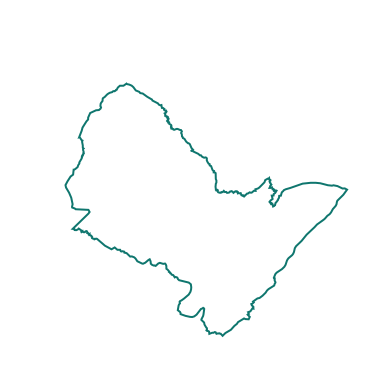 Thap Than, Uthai Thani, Thailand, rotated 44°
{"feature_id": "78962969B50893667221892", "entity_name": "Thap Than", "entity_type": "district", "adm_level": 2, "iso_a3": "THA", "parent_name": "Thailand", "parent_adm1": "Uthai Thani", "projection": "equal_earth", "projection_center": [99.816, 15.505], "detail": "fine", "context": "isolated", "style": "outline", "palette": "teal", "viewbox_px": 384, "rotation_deg": 44, "n_neighbors": 0, "source": "geoboundaries", "source_scale": "gbopen_adm2", "svg_char_len": 6065}
<svg xmlns="http://www.w3.org/2000/svg" viewBox="0 0 384 384"><g transform="rotate(44 192 192)"><path d="M301.9,82.6L299.4,83.3L297.9,84.9L292.5,86.7L289.1,88.9L288.3,90.2L285.1,92.7L278.2,96.6L274.9,99.2L271.1,102.8L265.8,109.1L259.9,120.8L257.5,125.0L256.8,126.9L257.0,128.2L256.8,129.1L257.1,130.4L258.5,132.9L257.4,134.2L258.6,135.7L258.9,137.1L259.4,138.0L259.3,138.5L259.6,139.2L259.6,140.4L259.8,140.8L259.7,141.9L260.9,143.8L260.5,144.6L260.8,145.0L260.4,146.1L258.1,144.7L257.4,145.8L257.0,145.7L256.5,144.8L255.3,145.5L254.6,145.3L254.4,143.5L254.8,141.0L251.9,139.2L253.1,137.9L252.2,136.7L252.5,134.8L251.9,132.3L251.6,132.4L250.8,134.0L250.1,134.4L249.5,134.0L249.5,133.2L248.3,133.3L247.9,134.0L246.3,133.1L245.5,134.7L244.9,135.2L244.6,134.1L244.1,133.5L244.0,131.6L243.3,131.6L242.6,131.1L241.7,131.2L240.3,130.4L240.5,129.3L240.1,128.9L238.9,129.2L237.8,128.4L237.8,129.5L237.2,129.8L236.4,132.6L237.4,134.7L237.3,142.2L236.9,143.9L235.7,146.0L237.0,147.0L235.7,148.1L235.4,150.9L234.9,151.6L233.7,152.2L233.3,154.2L232.7,154.9L232.6,159.1L232.0,159.2L231.7,158.7L231.3,159.2L231.0,158.9L230.3,159.4L230.3,159.8L229.8,160.0L227.8,159.0L226.9,160.2L226.1,160.7L225.8,160.5L225.7,161.0L225.0,160.5L224.3,160.7L224.2,160.3L223.7,160.3L223.3,161.2L222.7,161.4L222.4,163.8L220.8,163.6L219.9,163.9L219.8,164.4L219.1,165.0L219.1,166.5L218.4,167.6L217.8,168.3L216.6,168.2L215.7,169.2L214.1,169.1L214.2,170.8L213.4,171.4L213.3,172.5L212.8,172.6L212.3,173.4L211.0,174.0L209.8,173.7L209.4,172.8L208.6,172.9L208.2,174.0L207.7,173.9L207.5,173.4L207.2,173.4L205.3,171.9L203.4,169.5L203.0,168.3L201.6,166.8L200.1,166.1L195.9,162.0L195.1,162.0L194.0,162.8L193.2,161.6L192.4,162.0L191.2,161.8L187.8,160.1L186.3,160.6L185.3,159.7L184.3,160.1L181.9,159.5L180.4,158.8L179.7,157.8L179.0,157.4L178.4,157.4L177.5,157.9L177.2,158.6L176.5,159.1L174.7,159.6L172.9,159.4L172.2,160.1L170.0,160.2L164.7,162.0L163.6,162.1L163.1,162.8L162.9,162.7L163.4,160.9L161.0,160.7L157.2,159.1L155.6,159.3L155.2,159.7L152.8,159.8L149.6,159.0L148.0,159.5L147.4,159.0L146.3,159.0L144.5,157.5L143.2,157.1L142.6,155.4L141.0,155.1L140.5,155.6L137.9,156.6L137.1,157.3L136.0,159.6L135.3,160.0L134.6,159.8L133.1,160.8L132.5,160.4L133.0,159.9L131.9,159.4L131.5,159.6L131.3,159.3L131.3,158.8L130.8,158.4L130.1,158.3L128.3,158.8L127.5,158.0L126.9,158.5L126.6,158.1L126.4,158.4L124.7,158.2L124.5,157.2L124.9,157.2L125.0,156.9L124.2,155.5L123.8,155.4L123.8,155.8L123.2,156.0L122.4,154.8L121.5,155.0L121.3,155.6L120.3,155.4L119.8,155.8L118.7,154.6L117.7,154.4L118.1,152.9L117.8,151.8L116.7,151.5L116.4,152.1L114.8,152.3L114.5,152.1L114.4,151.5L112.7,151.7L111.9,152.4L109.6,150.7L109.1,151.6L107.4,152.2L106.0,151.9L100.0,153.7L99.0,153.3L93.7,154.6L88.1,155.4L86.1,156.8L84.5,156.6L81.0,158.0L77.0,157.3L74.7,157.4L72.3,158.3L70.0,159.7L69.6,159.6L68.9,163.1L66.3,165.7L66.1,168.4L66.8,170.8L66.4,171.3L66.6,172.0L66.3,173.3L65.8,173.5L65.2,174.6L65.2,175.6L63.9,177.8L63.4,179.6L63.2,180.8L63.2,184.4L62.8,186.2L62.9,186.8L64.4,188.7L64.7,191.1L65.0,192.0L66.4,193.8L67.8,194.3L68.3,195.5L68.1,197.7L66.2,199.9L63.9,205.9L65.6,210.6L66.9,212.0L67.0,214.5L68.5,221.7L70.1,224.6L72.8,231.0L73.0,230.6L76.7,231.4L77.5,231.1L78.0,232.2L81.0,234.3L82.7,236.0L83.8,236.0L83.7,236.6L84.4,237.4L86.5,238.6L86.7,239.4L87.4,239.5L87.5,240.9L87.8,240.9L88.2,241.7L88.2,242.2L87.8,242.2L87.8,242.4L88.5,243.5L88.9,243.6L89.4,244.8L90.4,249.0L91.2,249.8L91.5,251.7L92.4,253.6L92.1,256.4L91.7,258.0L91.4,258.2L94.4,262.1L93.9,265.2L95.0,270.7L96.2,274.9L98.3,276.3L104.1,277.9L109.1,280.0L114.6,283.7L116.0,286.0L116.6,286.4L119.1,285.3L120.3,285.2L129.9,276.8L132.2,277.5L132.5,279.5L131.8,301.4L133.2,300.4L134.0,300.9L135.3,299.8L135.9,298.2L135.9,297.0L139.2,296.5L139.8,297.4L140.3,297.6L140.5,296.1L141.3,296.5L142.3,296.0L142.8,295.3L142.7,294.3L143.4,293.3L144.4,293.5L145.1,294.3L145.9,293.7L146.9,294.2L147.3,293.4L147.7,294.2L148.1,294.4L148.7,293.7L150.1,293.4L150.6,293.9L151.4,293.7L152.2,294.6L153.5,294.2L154.3,293.5L154.7,293.7L155.4,292.2L156.2,291.7L166.7,291.1L173.9,289.1L174.9,285.6L178.5,285.4L180.5,283.5L181.9,284.1L182.6,283.8L183.1,282.9L184.7,282.0L185.5,282.6L187.4,281.4L192.4,281.4L193.5,280.1L195.9,279.1L197.7,279.1L200.8,279.8L205.9,278.1L206.6,277.6L207.5,275.3L207.9,271.1L208.3,269.8L210.3,270.6L212.2,272.2L214.1,272.1L215.9,271.3L216.2,270.7L217.2,270.4L217.4,266.8L218.1,265.3L221.2,263.7L222.3,262.2L223.4,262.3L224.9,263.0L226.9,265.0L228.5,264.8L230.6,265.0L230.9,265.5L232.1,265.1L232.8,265.6L233.6,265.2L234.8,265.6L236.3,264.8L238.9,265.4L239.1,264.6L240.4,263.9L241.0,263.8L242.3,264.4L244.0,264.4L252.6,259.4L255.3,259.2L257.6,261.0L259.0,262.7L260.2,264.9L260.9,268.1L260.3,274.1L259.7,277.5L259.2,278.7L259.4,279.7L260.7,280.5L260.8,281.8L261.2,282.9L263.9,286.9L266.6,286.6L267.6,286.9L268.6,287.8L273.4,285.6L277.3,283.2L279.0,281.8L280.0,280.0L280.5,277.1L279.7,270.0L280.4,268.5L280.5,267.6L281.3,267.4L282.0,267.6L285.3,272.1L286.1,273.4L287.2,277.0L287.6,277.5L291.4,277.5L293.1,278.7L296.4,279.6L297.3,279.6L298.2,280.4L298.5,281.5L299.1,281.5L300.6,280.6L301.3,280.6L303.0,282.0L304.3,279.2L305.2,278.4L305.7,276.9L306.5,276.5L308.1,277.0L309.0,275.5L309.7,275.1L310.0,274.5L310.9,274.3L311.2,274.0L313.9,274.2L314.0,270.2L315.7,264.1L315.5,258.9L315.9,255.7L315.5,253.6L317.3,246.8L318.6,246.4L321.2,244.2L320.3,241.7L317.3,241.6L317.6,240.3L316.9,240.2L316.6,239.5L315.9,239.4L316.9,237.3L316.3,233.6L317.2,233.2L315.8,231.9L313.8,232.0L312.5,231.4L313.0,230.3L313.1,228.5L312.0,228.4L313.0,223.1L314.2,221.3L314.8,217.6L314.9,213.3L314.4,210.8L314.5,208.7L316.1,202.2L315.2,200.5L315.0,199.3L314.7,198.9L313.0,198.3L311.5,196.7L311.0,197.1L310.5,196.9L309.0,193.2L308.9,191.2L310.3,184.9L310.4,181.7L309.9,179.4L308.0,175.5L307.6,174.1L307.4,172.5L307.9,167.9L307.7,166.2L307.0,164.3L305.0,161.0L304.5,158.7L304.8,151.0L304.1,143.1L304.6,132.3L304.5,128.5L306.0,120.2L306.1,118.6L305.9,115.1L306.4,112.4L306.2,110.1L305.2,106.5L305.0,102.2L304.5,100.5L303.2,98.6L302.6,97.3L302.8,88.9L301.9,82.6Z" fill="none" stroke="#0f766e" stroke-width="2"/></g></svg>